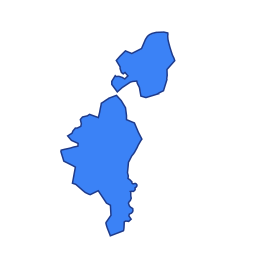 Emuoha, Rivers, Nigeria (orthographic projection), rotated 30°
{"feature_id": "59680162B36304665045822", "entity_name": "Emuoha", "entity_type": "district", "adm_level": 2, "iso_a3": "NGA", "parent_name": "Nigeria", "parent_adm1": "Rivers", "projection": "orthographic", "projection_center": [6.794, 5.034], "detail": "fine", "context": "isolated", "style": "filled", "palette": "blue", "viewbox_px": 256, "rotation_deg": 30, "n_neighbors": 0, "source": "geoboundaries", "source_scale": "gbopen_adm2", "svg_char_len": 2298}
<svg xmlns="http://www.w3.org/2000/svg" viewBox="0 0 256 256"><g transform="rotate(30 128 128)"><path d="M175.4,219.3L175.3,218.6L174.5,216.6L172.6,212.9L171.7,211.3L172.3,210.0L173.6,209.2L175.3,208.6L176.3,205.4L172.7,203.7L172.2,201.9L173.5,200.1L173.9,198.3L173.6,197.1L172.4,195.4L169.7,195.3L168.0,194.7L165.9,192.8L165.9,190.8L166.3,189.8L165.9,187.2L164.4,185.5L162.4,182.1L161.8,181.8L163.0,180.8L164.2,180.4L165.0,178.8L164.9,177.5L164.0,176.3L164.6,175.1L164.6,174.9L164.7,173.7L164.2,172.8L163.1,172.3L161.9,172.4L160.4,173.8L159.5,173.9L159.4,173.9L158.7,173.4L158.3,172.7L156.6,172.2L155.7,171.9L153.2,171.7L152.8,170.7L152.2,169.3L149.9,167.0L148.5,163.9L146.6,159.7L145.5,157.4L145.5,157.2L145.5,155.6L145.4,154.3L145.2,150.4L145.7,147.2L145.7,146.6L145.8,146.1L145.7,140.6L145.4,137.8L145.4,134.1L145.4,132.4L145.6,130.7L139.2,126.6L131.0,120.4L128.1,120.8L122.5,121.5L120.5,118.0L115.7,111.7L108.5,107.7L101.7,105.5L96.5,111.8L96.3,112.4L94.9,115.1L93.6,117.9L92.5,119.9L93.2,121.6L94.2,124.7L95.5,128.3L97.1,133.8L87.9,135.4L86.8,137.7L83.1,141.2L82.8,142.7L82.5,144.5L85.5,147.7L86.3,150.2L84.0,153.5L82.4,154.4L82.4,154.8L81.8,157.9L82.1,160.5L79.7,165.0L82.9,166.2L85.2,167.0L92.5,166.3L93.7,168.8L90.4,171.7L88.2,174.1L86.8,175.4L84.7,177.3L84.1,177.8L81.2,180.6L81.7,182.0L89.0,188.8L98.9,188.2L102.0,188.2L107.5,203.6L111.0,202.9L120.1,204.7L123.1,205.2L123.4,205.2L124.9,205.1L127.3,204.9L128.6,204.6L133.6,197.2L146.9,203.8L151.4,203.7L154.0,207.7L156.9,212.1L156.2,220.8L156.5,221.5L158.1,223.2L160.0,224.9L165.9,229.6L166.6,230.2L175.4,219.3ZM100.7,102.1L102.7,96.0L107.1,87.1L108.7,85.4L112.1,83.0L113.8,84.7L115.6,85.9L117.6,87.2L123.2,93.9L128.3,92.7L136.9,83.5L136.6,83.5L137.9,81.2L140.1,78.0L137.5,66.6L136.8,65.8L135.6,62.8L134.2,60.6L132.9,58.5L132.5,57.8L134.8,46.3L132.9,44.6L130.1,42.7L126.8,39.8L126.4,39.4L123.9,37.1L120.7,33.9L119.4,32.5L118.3,31.3L116.4,28.5L115.7,26.9L114.9,25.8L111.1,27.0L104.6,31.1L101.6,34.0L100.0,36.3L99.4,37.7L99.0,39.1L98.8,42.5L98.9,43.2L100.0,52.4L97.4,56.4L94.0,61.6L87.2,62.5L85.2,69.8L84.1,75.4L90.6,79.0L91.5,80.6L94.5,83.2L96.8,83.5L97.6,81.4L101.9,82.9L100.7,87.1L97.4,87.1L96.9,87.3L94.3,87.8L91.9,89.4L90.8,89.1L90.6,95.7L91.5,97.2L92.2,98.4L100.7,102.1Z" fill="#3b82f6" stroke="#1e3a8a" stroke-width="1.5"/></g></svg>